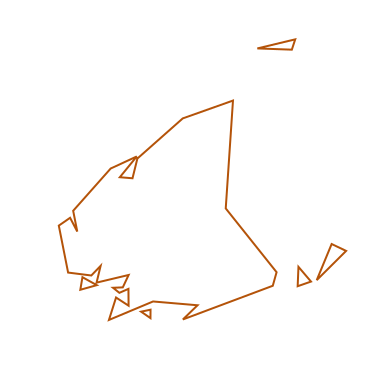 outline of Tasmania, rotated 74°
{"feature_id": "AUS-2660", "entity_name": "Tasmania", "entity_type": "State", "adm_level": 1, "iso_a3": "AUS", "parent_name": "Australia", "parent_adm1": "", "projection": "equal_earth", "projection_center": [146.795, -41.606], "detail": "coarse", "context": "isolated", "style": "outline", "palette": "amber", "viewbox_px": 384, "rotation_deg": 74, "n_neighbors": 0, "source": "natural_earth", "source_scale": "10m", "svg_char_len": 758}
<svg xmlns="http://www.w3.org/2000/svg" viewBox="0 0 384 384"><g transform="rotate(74 192 192)"><path d="M292.1,307.1L272.5,294.1L283.8,284.3L267.6,279.8L268.9,289.6L262.3,294.3L264.6,284.8L254.3,275.8L252.8,308.7L237.8,300.2L244.5,311.8L235.3,333.3L187.6,329.3L183.2,316.3L198.4,313.2L177.3,311.4L147.0,263.7L142.6,235.3L157.9,257.3L162.4,245.4L144.8,235.3L118.7,180.6L115.4,127.4L217.1,164.1L292.4,132.8L304.4,140.2L312.0,235.9L302.4,217.9L286.5,259.6L292.1,307.1ZM311.1,96.4L280.5,72.1L291.1,60.1L311.1,96.4ZM82.7,56.8L72.0,89.6L73.7,50.7L82.7,56.8ZM310.9,102.3L311.7,116.4L293.3,110.3L310.9,102.3ZM255.3,309.2L255.2,326.3L243.7,320.8L255.3,309.2ZM293.7,264.3L301.8,266.7L293.0,273.9L293.7,264.3Z" fill="none" stroke="#b45309" stroke-width="2"/></g></svg>